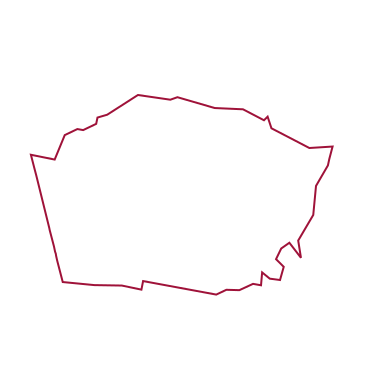 the district of Bradley, Tennessee, United States of America, rotated 76°
{"feature_id": "52423323B55415638355986", "entity_name": "Bradley", "entity_type": "district", "adm_level": 2, "iso_a3": "USA", "parent_name": "United States of America", "parent_adm1": "Tennessee", "projection": "orthographic", "projection_center": [-84.846, 35.173], "detail": "fine", "context": "isolated", "style": "outline", "palette": "rose", "viewbox_px": 384, "rotation_deg": 76, "n_neighbors": 0, "source": "geoboundaries", "source_scale": "gbopen_adm2", "svg_char_len": 813}
<svg xmlns="http://www.w3.org/2000/svg" viewBox="0 0 384 384"><g transform="rotate(76 192 192)"><path d="M225.5,339.4L226.4,339.4L227.1,339.4L248.1,339.2L258.7,309.3L265.8,282.7L274.5,264.7L266.6,261.0L297.4,193.3L295.2,182.3L298.7,169.8L295.9,155.0L299.2,147.6L287.0,143.4L294.9,137.5L298.7,127.9L286.8,121.1L277.5,126.7L268.4,119.1L264.8,109.8L282.2,102.2L264.8,100.7L243.6,79.9L216.1,70.2L199.1,53.7L193.2,50.8L181.9,44.6L177.7,67.5L149.4,99.5L137.2,100.4L139.8,104.8L124.1,122.5L116.0,149.7L96.5,183.2L97.2,190.7L84.8,221.0L96.5,255.6L96.9,265.7L102.7,268.5L105.6,282.6L103.2,288.0L106.0,301.7L127.3,317.4L116.9,339.3L130.9,339.2L138.2,339.1L141.5,339.1L192.4,339.2L194.5,339.3L211.6,339.1L216.7,339.3L219.0,339.1L221.1,339.3L225.4,339.4L225.5,339.4Z" fill="none" stroke="#9f1239" stroke-width="2"/></g></svg>